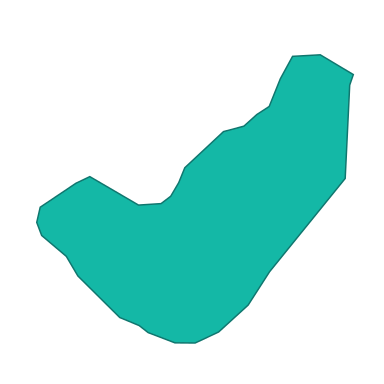 an SVG outline of Gornji Petrovci, rotated 97°
{"feature_id": "SVN-928", "entity_name": "Gornji Petrovci", "entity_type": "Municipality", "adm_level": 1, "iso_a3": "SVN", "parent_name": "Slovenia", "parent_adm1": "", "projection": "robinson", "projection_center": [16.198, 46.801], "detail": "fine", "context": "isolated", "style": "filled", "palette": "teal", "viewbox_px": 384, "rotation_deg": 97, "n_neighbors": 0, "source": "natural_earth", "source_scale": "10m", "svg_char_len": 530}
<svg xmlns="http://www.w3.org/2000/svg" viewBox="0 0 384 384"><g transform="rotate(97 192 192)"><path d="M66.7,48.5L159.9,41.6L261.7,105.3L297.4,122.5L327.7,148.5L341.5,170.5L343.8,190.6L336.9,218.4L331.0,228.2L325.4,248.4L289.3,295.0L271.2,308.9L253.5,335.9L241.1,342.4L225.6,340.8L197.4,308.2L189.2,295.3L211.5,243.5L207.3,221.3L198.8,212.6L184.3,206.3L168.8,202.1L128.2,168.1L120.3,148.5L107.2,137.1L97.7,125.8L68.8,118.1L45.1,108.7L40.2,81.4L55.8,46.2L66.7,48.5Z" fill="#14b8a6" stroke="#0f766e" stroke-width="1.5"/></g></svg>